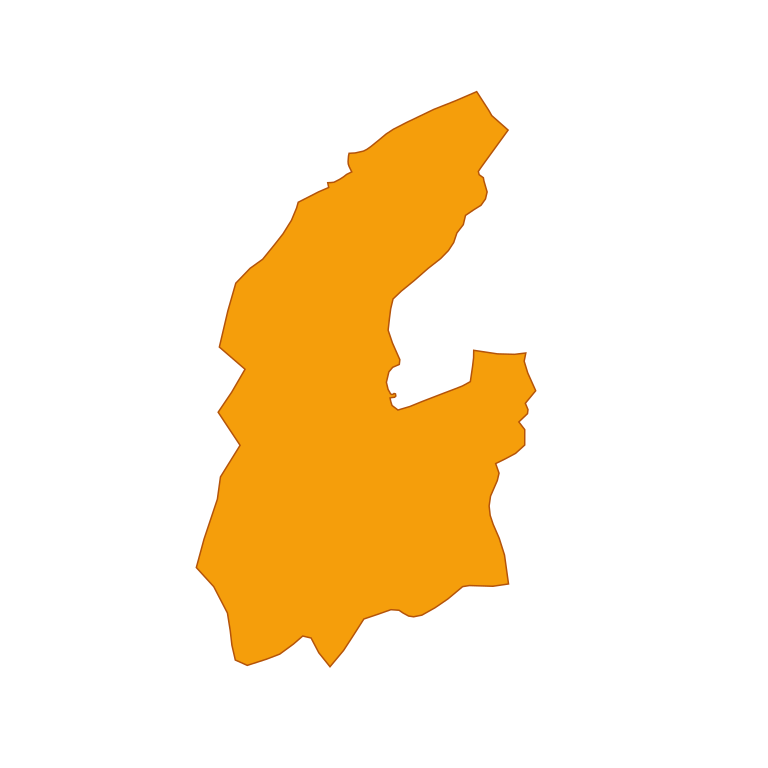 Chanthabuly, Vientiane [prefecture], Laos, rotated 194°
{"feature_id": "54806243B69886470699230", "entity_name": "Chanthabuly", "entity_type": "district", "adm_level": 2, "iso_a3": "LAO", "parent_name": "Laos", "parent_adm1": "Vientiane [prefecture]", "projection": "mercator", "projection_center": [102.605, 17.997], "detail": "fine", "context": "isolated", "style": "filled", "palette": "amber", "viewbox_px": 768, "rotation_deg": 194, "n_neighbors": 0, "source": "geoboundaries", "source_scale": "gbopen_adm2", "svg_char_len": 2097}
<svg xmlns="http://www.w3.org/2000/svg" viewBox="0 0 768 768"><g transform="rotate(194 384 384)"><path d="M525.0,304.5L508.8,289.7L520.2,254.3L517.8,231.9L521.1,189.9L521.7,160.5L500.2,146.2L480.5,123.9L473.5,107.4L468.4,93.8L461.5,80.2L448.6,77.9L431.4,88.6L419.8,96.7L409.0,109.7L401.9,119.8L393.3,119.9L382.2,107.4L368.0,96.6L358.8,115.6L353.6,130.6L346.7,151.1L334.5,158.9L322.7,166.7L314.7,168.1L310.4,166.5L304.0,164.8L298.9,165.3L291.3,168.9L280.4,179.2L270.0,190.9L258.7,206.4L252.4,209.1L229.4,214.1L214.8,220.1L225.7,247.2L234.9,262.2L244.1,274.2L249.2,282.2L252.5,291.1L253.5,301.0L250.7,317.7L250.8,325.3L256.4,333.8L248.0,340.9L239.5,348.6L232.7,358.8L236.4,373.8L244.0,379.8L237.6,389.9L238.1,394.0L242.2,399.5L235.2,414.1L235.5,414.6L247.2,429.5L253.5,440.0L253.9,448.4L264.4,444.4L281.1,440.7L305.1,438.4L303.4,431.0L302.3,422.3L300.8,407.2L307.5,401.0L316.4,394.7L324.9,388.8L342.7,376.3L353.5,368.4L364.2,362.1L365.9,362.9L371.0,365.1L373.0,368.3L374.1,370.5L374.8,371.9L373.2,372.7L370.5,373.7L369.6,375.2L370.5,377.2L372.0,377.2L372.8,376.1L374.3,375.7L375.5,376.2L376.3,377.2L378.7,379.7L382.1,386.2L382.2,397.0L379.6,402.3L373.9,406.7L374.5,411.4L385.7,425.8L393.0,437.2L394.6,449.1L395.7,458.6L395.8,468.7L389.7,478.3L379.9,491.4L369.2,506.8L359.4,519.4L353.8,529.0L350.6,538.1L349.8,548.2L345.6,557.8L345.7,567.3L339.2,574.6L333.1,580.9L330.3,588.1L330.4,595.3L336.1,605.1L337.5,608.2L342.3,610.1L343.9,613.1L342.4,617.2L339.3,625.0L325.0,660.4L344.4,670.5L347.9,674.2L349.0,675.3L364.8,690.1L383.3,676.0L402.0,662.6L425.3,643.3L436.5,633.5L442.5,627.0L448.4,618.9L450.3,616.4L454.2,611.2L457.4,607.5L457.5,607.4L460.3,605.0L467.9,601.2L473.7,599.4L473.6,596.6L472.7,591.3L471.9,588.8L470.4,586.5L466.6,582.0L471.0,578.3L473.3,575.3L476.5,571.9L481.3,567.7L484.3,566.6L487.3,565.7L486.4,563.8L485.2,561.3L489.0,558.4L494.1,554.5L511.2,539.6L511.4,533.6L513.4,520.4L515.3,514.6L518.3,505.3L523.9,492.8L531.9,475.7L541.9,463.9L552.2,446.0L553.2,417.1L552.7,380.0L522.4,364.7L529.8,339.2L538.1,316.5L525.0,304.5Z" fill="#f59e0b" stroke="#b45309" stroke-width="1.5"/></g></svg>